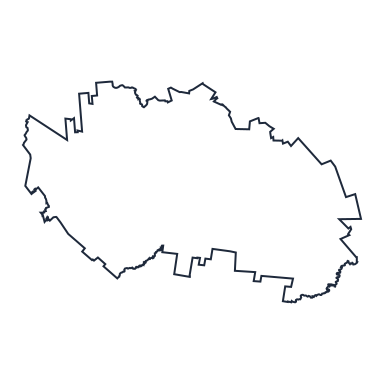 General Terán, Nuevo León, Mexico (Mercator projection)
{"feature_id": "50627088B34198183726850", "entity_name": "General Terán", "entity_type": "district", "adm_level": 2, "iso_a3": "MEX", "parent_name": "Mexico", "parent_adm1": "Nuevo León", "projection": "mercator", "projection_center": [-99.219, 25.27], "detail": "fine", "context": "isolated", "style": "outline", "palette": "slate", "viewbox_px": 384, "rotation_deg": 0, "n_neighbors": 0, "source": "geoboundaries", "source_scale": "gbopen_adm2", "svg_char_len": 5925}
<svg xmlns="http://www.w3.org/2000/svg" viewBox="0 0 384 384"><path d="M189.1,93.4L181.3,92.0L179.6,92.1L172.9,88.8L170.9,87.6L168.2,88.8L171.7,100.5L167.8,102.4L167.4,101.2L165.3,101.3L164.9,100.4L159.8,100.6L158.3,100.2L154.9,96.7L152.0,98.7L150.1,99.3L148.3,99.6L148.0,100.0L147.2,100.0L146.7,100.4L146.5,100.8L147.4,101.6L147.1,103.9L146.8,104.5L145.8,105.6L144.2,107.0L144.0,106.8L143.6,107.1L142.2,106.2L142.1,104.8L141.8,104.3L140.4,103.9L140.1,103.6L140.3,102.9L139.7,100.5L139.9,99.5L139.5,98.7L139.0,98.5L138.3,99.0L138.2,98.0L137.5,98.0L137.4,97.6L137.0,97.4L137.7,95.9L136.9,95.1L135.9,94.7L135.0,92.8L135.3,91.5L134.8,90.9L135.7,90.4L136.0,89.9L135.6,89.6L135.5,88.9L133.1,87.9L132.8,87.6L131.9,87.4L131.5,87.7L130.4,87.9L129.4,87.8L128.4,87.4L125.0,87.5L123.1,85.6L122.4,85.2L121.5,85.3L120.0,85.8L118.8,86.9L117.4,87.6L116.1,87.9L114.9,87.7L113.5,86.9L112.9,86.1L112.6,85.1L112.7,84.3L112.2,81.7L109.6,81.7L96.1,82.8L97.1,95.5L91.8,96.0L92.5,103.9L89.2,103.4L88.4,92.9L79.1,93.7L82.1,131.6L77.5,130.5L77.7,132.2L75.1,132.3L74.0,118.2L70.8,120.5L70.7,119.2L65.4,118.6L67.1,140.0L29.5,115.4L29.0,118.3L28.6,118.9L27.3,119.4L26.9,120.1L26.4,120.3L26.4,121.2L26.2,121.5L26.7,122.0L27.6,122.2L26.1,124.9L26.0,125.7L26.4,127.3L27.5,127.9L27.9,130.0L27.7,130.7L26.6,132.0L25.7,133.8L24.7,134.9L24.6,135.5L26.3,138.2L26.5,139.6L24.0,142.8L23.5,144.5L23.0,145.0L30.2,154.6L30.7,158.2L25.3,185.9L31.5,194.0L32.5,193.1L31.9,192.3L33.1,191.4L33.7,192.3L35.6,190.9L34.4,189.4L35.2,188.7L35.8,189.4L38.2,187.4L45.0,196.1L45.1,197.6L45.9,198.9L46.4,200.7L46.4,203.2L47.2,202.9L47.9,204.7L48.8,205.8L48.9,206.9L46.0,208.0L45.6,209.7L45.3,209.7L45.8,211.1L44.1,211.4L44.2,212.3L43.4,212.4L43.4,212.7L40.8,212.7L42.2,214.4L42.4,215.4L42.8,215.0L44.6,221.9L45.5,220.8L46.6,220.4L46.2,219.0L47.2,217.2L47.5,217.8L48.0,217.6L48.0,217.9L47.6,218.1L47.8,218.7L47.3,218.9L47.8,220.3L49.3,219.7L49.9,220.6L53.4,217.3L56.1,216.9L56.6,217.2L60.5,222.4L68.2,233.9L84.8,248.3L82.2,251.6L92.0,260.1L92.8,259.5L94.0,260.6L97.9,257.5L105.3,264.1L103.5,266.3L117.3,278.4L118.2,277.4L119.2,276.7L119.1,276.2L119.5,275.9L119.8,275.0L119.8,274.0L120.3,273.3L121.4,272.5L122.3,272.4L123.2,271.6L124.0,271.7L124.5,271.4L124.6,270.8L124.3,269.7L124.9,268.6L126.5,268.1L127.6,268.2L128.0,268.6L129.9,267.9L130.9,268.2L132.2,267.6L132.8,268.5L133.4,268.4L133.7,268.8L135.0,268.8L135.8,268.1L135.7,267.7L136.2,266.9L136.9,266.9L137.3,267.3L137.9,267.4L138.5,267.2L138.4,266.7L139.5,265.6L140.5,265.5L140.3,266.3L140.7,266.4L142.2,265.4L142.3,265.0L142.9,264.6L143.1,264.5L143.5,264.8L143.6,264.1L144.2,264.1L144.4,263.1L144.3,262.8L143.9,262.7L143.8,262.1L144.2,261.8L145.0,261.9L145.2,262.8L145.5,262.8L145.7,262.5L146.0,260.8L147.4,260.3L149.1,258.4L149.2,258.8L149.8,259.1L150.0,259.0L150.0,258.5L151.0,258.0L151.7,257.9L152.5,258.2L153.0,257.9L153.1,258.1L153.5,257.8L153.0,257.2L153.4,256.8L153.1,256.8L153.3,256.5L152.9,256.4L153.0,256.2L153.8,256.4L154.2,256.2L154.4,256.3L154.9,255.9L154.8,253.3L156.1,252.7L156.0,252.0L157.2,251.4L157.6,250.3L158.5,250.4L158.4,249.9L158.7,249.7L159.7,249.2L159.9,249.4L159.6,249.9L159.6,250.2L160.4,250.3L161.0,250.0L161.3,249.2L160.8,247.4L161.3,247.3L161.8,247.7L162.1,247.6L161.8,245.9L162.0,245.6L163.2,245.6L162.3,252.2L177.2,253.9L174.2,274.2L189.8,276.9L189.9,275.9L189.6,275.5L192.6,257.6L197.2,258.2L197.3,257.6L200.0,257.9L198.7,264.7L204.2,265.3L205.4,258.6L210.8,259.3L212.5,248.9L230.1,251.3L235.8,252.5L234.9,270.8L255.2,272.1L253.7,281.1L260.4,281.6L261.4,275.9L293.0,278.6L291.1,286.9L285.2,286.4L282.9,301.2L287.8,302.0L287.9,301.5L291.3,302.3L291.7,301.0L292.6,301.7L295.1,302.3L296.0,301.7L296.0,300.9L295.8,300.4L296.0,299.9L297.1,299.3L298.2,299.6L299.4,299.2L300.3,299.3L301.2,297.4L300.7,296.0L300.8,295.6L301.1,295.3L302.2,294.8L303.1,294.9L304.1,295.6L305.9,295.5L307.5,296.6L308.0,296.5L308.7,295.9L310.0,296.4L310.8,297.6L312.1,297.7L312.7,297.2L312.5,296.2L313.0,296.2L313.4,296.8L313.8,297.0L315.3,295.1L315.8,295.1L316.4,295.8L317.1,295.0L318.5,294.4L319.4,294.4L320.4,295.0L321.4,294.9L322.2,293.6L323.0,293.6L323.8,293.2L324.5,293.3L325.0,293.1L325.5,292.2L326.6,292.2L327.3,290.8L328.2,291.6L328.4,291.6L329.2,290.7L329.1,289.8L328.4,289.3L326.8,289.2L326.6,288.6L327.0,287.8L328.2,286.5L328.9,286.3L329.5,286.6L329.8,286.2L329.4,285.2L328.3,285.0L328.2,284.6L328.4,284.3L331.7,284.4L331.9,284.6L331.6,285.3L332.0,285.6L332.5,285.4L333.1,284.8L333.6,284.9L334.0,285.1L334.4,286.4L335.1,286.6L335.3,286.1L335.2,285.3L335.4,284.6L336.4,284.1L336.6,283.6L336.4,282.8L335.8,282.2L335.8,281.9L336.9,281.2L337.8,281.0L338.1,279.7L337.7,278.6L336.6,278.2L336.5,277.7L337.4,277.1L338.9,277.1L339.4,276.6L339.6,275.8L339.6,275.3L339.2,275.0L337.2,274.6L336.8,274.2L336.7,273.6L337.0,273.1L337.8,272.8L339.7,272.9L340.2,272.6L340.3,271.6L339.1,270.5L339.0,270.0L339.2,269.8L339.6,270.0L340.2,269.8L341.5,268.8L342.0,267.3L341.7,266.9L341.0,267.0L341.3,266.2L342.0,265.8L344.6,265.4L344.9,265.1L344.7,264.2L344.9,263.7L347.1,262.5L347.4,262.1L347.4,261.3L347.8,260.9L348.5,261.3L348.6,262.5L350.0,264.2L350.7,263.3L351.0,263.3L351.2,263.6L351.6,263.7L352.2,263.4L352.4,262.9L352.7,263.1L353.3,264.5L355.0,264.2L356.8,262.9L357.3,262.0L356.8,261.8L356.8,257.1L356.1,257.1L340.5,239.0L349.3,235.1L348.1,234.1L351.2,229.2L350.5,226.9L348.4,228.5L339.2,219.2L361.0,218.9L355.2,194.1L346.0,197.1L335.2,166.6L330.7,160.6L321.6,164.3L298.2,138.1L291.0,146.0L287.8,141.7L283.0,143.6L282.4,140.5L282.2,140.7L273.5,140.5L273.2,137.0L271.1,138.1L270.3,133.2L270.2,131.8L273.7,128.8L269.4,126.2L265.3,122.8L259.5,123.2L258.6,118.1L258.4,118.0L249.9,121.4L249.2,129.3L235.6,129.0L231.7,121.7L230.9,118.4L228.9,115.3L230.1,111.8L226.4,108.2L225.8,107.3L224.6,106.5L222.7,104.6L222.3,105.1L221.2,104.4L220.9,104.7L213.9,101.5L216.3,98.9L217.3,98.3L216.7,97.0L213.1,98.6L211.2,99.0L215.5,92.3L203.0,84.1L202.7,83.2L193.1,89.4L189.3,90.9L189.1,93.4Z" fill="none" stroke="#1e293b" stroke-width="2"/></svg>